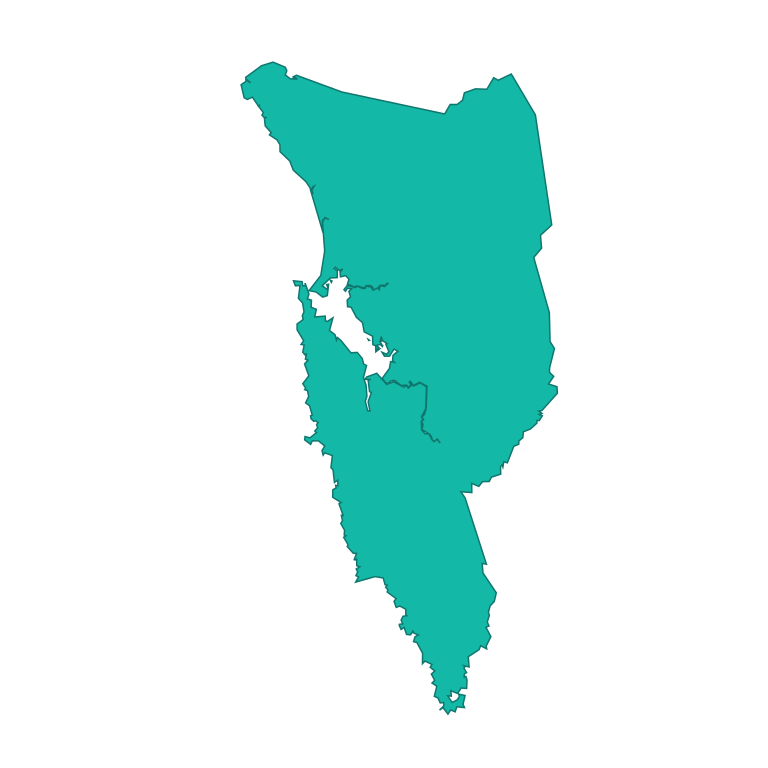 West Coast, Tasmania, Australia (Equal Earth projection), rotated 6°
{"feature_id": "25037944B97850876136128", "entity_name": "West Coast", "entity_type": "district", "adm_level": 2, "iso_a3": "AUS", "parent_name": "Australia", "parent_adm1": "Tasmania", "projection": "equal_earth", "projection_center": [145.455, -42.452], "detail": "fine", "context": "isolated", "style": "filled", "palette": "teal", "viewbox_px": 768, "rotation_deg": 6, "n_neighbors": 0, "source": "geoboundaries", "source_scale": "gbopen_adm2", "svg_char_len": 6075}
<svg xmlns="http://www.w3.org/2000/svg" viewBox="0 0 768 768"><g transform="rotate(6 384 384)"><path d="M534.2,208.3L506.4,100.5L478.2,62.4L465.8,70.0L461.1,67.9L455.5,80.1L444.1,80.9L433.5,86.0L432.5,93.5L427.5,98.4L420.6,99.1L416.1,109.1L311.6,98.0L264.6,86.1L261.5,88.0L261.8,88.9L263.6,88.6L265.3,89.4L265.3,89.8L259.0,90.3L253.5,86.9L254.6,82.6L252.7,79.3L240.0,75.5L229.0,80.2L214.4,93.5L214.9,96.1L215.0,95.5L215.6,95.6L216.8,96.3L217.5,97.1L217.6,97.4L217.8,97.4L218.2,97.3L218.4,97.3L219.3,97.9L219.2,98.1L217.6,97.4L215.2,95.6L214.8,97.7L210.6,101.3L215.0,113.9L218.3,115.3L223.1,112.5L229.8,120.4L231.6,119.5L230.2,121.0L235.7,126.7L234.5,129.4L237.1,131.6L238.6,131.1L238.8,131.3L237.2,131.9L238.9,139.8L245.5,145.8L244.0,148.2L252.1,152.4L255.5,156.9L256.3,163.8L267.0,172.1L271.4,180.8L285.4,191.1L291.4,198.5L292.7,195.2L294.0,194.3L292.0,198.7L293.6,202.5L290.2,197.7L307.6,240.0L306.1,233.4L305.8,228.0L308.0,224.6L312.0,226.2L308.0,225.0L305.9,229.3L311.1,258.0L309.8,282.7L299.7,299.0L306.9,299.6L314.0,304.0L318.4,302.0L318.5,290.6L316.6,291.1L318.2,294.4L317.1,295.6L312.3,292.8L319.5,284.2L326.4,283.1L325.7,276.2L322.3,274.4L323.5,272.9L327.8,275.8L330.9,274.0L328.6,277.3L329.5,282.0L334.6,280.2L338.2,283.5L337.2,288.6L341.6,289.6L343.3,290.6L347.1,289.3L355.2,290.7L355.1,289.1L355.4,288.5L356.5,287.9L357.7,287.7L358.7,288.7L359.2,287.5L362.0,288.3L363.0,289.7L363.5,291.7L367.8,289.0L368.1,289.0L368.6,289.4L369.4,290.6L368.8,287.8L369.0,287.2L369.9,286.3L373.2,285.8L374.3,286.9L375.8,284.1L378.0,283.1L374.3,287.0L369.9,286.5L369.4,290.8L367.7,289.1L363.5,291.8L359.3,287.7L358.8,288.9L356.3,288.1L355.4,290.8L352.8,291.3L347.1,289.5L345.3,291.1L337.2,289.7L334.3,294.4L336.0,295.8L337.6,292.6L341.8,292.7L339.4,295.5L341.6,300.9L338.6,304.4L339.7,311.0L343.2,311.0L349.6,320.6L356.2,325.2L358.8,334.2L367.6,337.6L368.8,346.0L371.8,346.9L372.5,352.8L375.9,349.6L373.7,349.9L375.1,348.3L372.5,346.4L377.4,344.6L375.3,342.0L376.9,341.6L376.0,340.4L376.3,337.0L377.8,340.9L382.9,343.6L381.7,344.3L385.5,351.3L383.5,354.1L378.7,352.6L381.5,356.3L386.5,355.8L390.3,348.2L394.3,350.0L390.0,354.5L390.0,359.7L392.1,361.4L388.2,361.1L387.8,367.9L381.6,378.6L384.9,382.0L387.6,383.4L390.5,380.2L394.1,379.2L401.0,383.7L406.6,382.7L408.6,384.6L410.9,382.7L408.9,379.4L409.9,378.6L413.5,382.3L419.2,378.6L427.0,381.7L428.5,403.6L427.6,409.5L425.2,413.1L427.2,415.4L425.3,416.9L427.1,420.6L426.5,425.3L434.8,429.3L436.5,431.2L437.2,432.6L437.6,434.3L439.7,435.9L442.8,433.1L443.6,433.7L444.8,435.8L446.2,436.5L445.1,436.3L442.9,433.4L439.6,436.1L437.1,434.0L434.1,429.0L429.9,429.1L426.3,425.9L424.9,417.0L426.7,415.5L424.7,413.0L428.0,404.4L426.6,382.5L419.9,379.1L413.7,382.9L409.5,379.1L411.4,382.7L408.5,385.5L406.7,383.3L404.0,385.1L393.4,380.8L386.7,384.2L375.7,374.1L366.1,378.8L364.6,381.4L370.6,380.9L367.8,381.6L370.4,393.1L372.3,393.8L370.1,403.2L372.8,412.3L370.6,412.4L367.2,403.1L368.3,398.0L366.4,387.4L362.9,379.7L364.7,367.5L361.7,366.3L359.7,360.9L354.1,355.4L347.8,356.4L336.5,345.1L332.7,342.6L332.1,345.3L330.1,340.1L324.2,336.5L326.3,323.5L321.2,327.7L319.2,327.4L318.4,322.6L308.1,324.6L308.9,316.8L303.5,315.3L303.1,308.2L298.9,307.4L300.0,302.4L295.0,291.9L295.4,294.6L292.9,294.8L291.9,290.8L283.2,290.8L285.6,295.6L290.2,294.8L289.9,307.7L294.6,312.0L296.9,320.7L295.6,324.8L296.9,328.3L291.3,333.4L291.9,339.2L299.6,349.4L297.4,353.3L300.5,353.6L299.9,360.9L303.1,363.9L303.0,362.8L303.4,362.2L303.7,362.2L303.2,367.5L305.8,368.2L302.9,372.4L308.4,383.7L303.2,392.2L306.5,396.2L305.7,397.9L308.6,398.6L310.4,404.3L308.0,411.0L312.2,413.4L315.9,422.4L314.3,423.3L315.1,426.2L318.1,428.5L319.7,427.7L321.8,429.0L322.4,429.0L322.6,429.1L321.2,431.4L322.6,434.6L320.1,438.0L321.9,439.4L316.0,445.3L311.0,444.5L310.9,447.8L317.3,451.7L318.6,448.1L324.8,447.4L331.5,451.8L329.3,456.8L330.9,461.1L332.2,458.6L340.1,460.6L340.0,472.7L342.3,474.7L345.0,487.1L348.0,484.5L348.8,490.1L346.5,489.8L347.2,492.5L344.2,494.4L344.8,502.0L353.8,506.4L351.7,507.8L357.1,519.0L355.3,519.0L357.0,524.2L355.6,527.2L360.1,533.6L360.2,538.3L362.0,539.0L359.9,540.6L365.0,547.5L364.4,549.5L371.2,555.6L374.4,555.3L372.7,561.8L373.5,562.0L373.8,561.5L374.5,561.7L375.1,561.1L375.9,567.6L379.1,568.3L375.7,570.9L377.5,573.6L376.1,577.5L378.9,578.5L376.5,584.0L395.2,576.5L403.5,577.0L406.1,583.6L408.2,583.7L406.9,586.1L409.4,588.0L408.9,590.5L418.5,596.2L416.7,599.0L419.5,604.9L423.0,603.2L429.2,605.7L429.9,612.3L431.8,611.9L427.2,613.0L425.7,617.0L427.7,620.6L424.4,621.4L424.4,622.5L426.7,626.3L429.5,624.0L432.6,630.7L436.6,630.7L438.8,626.1L438.6,628.2L444.4,630.0L441.3,632.1L440.3,637.2L443.7,637.6L450.5,647.7L451.5,658.1L453.6,655.3L461.0,657.8L459.5,660.9L464.5,664.1L461.4,667.5L465.4,673.4L463.0,676.4L468.1,679.0L466.7,689.4L470.4,690.5L473.3,695.3L476.5,694.6L477.2,697.8L473.3,702.5L476.5,699.7L482.1,705.6L484.4,701.2L489.0,702.6L490.2,697.4L497.9,697.4L496.1,694.3L497.2,685.3L490.7,684.6L491.7,686.9L489.7,690.6L485.0,693.5L479.9,687.4L483.6,687.4L482.5,682.1L489.6,684.1L492.5,678.3L498.0,678.1L497.5,669.7L496.0,666.3L494.4,667.1L494.3,663.7L496.3,662.4L493.3,658.4L493.7,656.8L494.9,656.3L493.2,656.1L492.9,655.8L498.2,656.5L496.3,646.4L506.3,638.3L507.5,634.2L513.8,636.7L513.0,634.0L516.7,624.1L510.8,615.3L513.7,613.7L511.6,609.9L513.0,602.9L511.7,600.4L512.7,593.6L516.4,588.8L517.5,579.9L502.2,561.6L500.4,552.2L504.7,552.5L476.6,488.9L471.8,483.1L482.7,482.8L481.6,473.7L489.0,475.9L492.2,470.8L498.8,470.0L500.6,465.4L509.5,461.4L508.5,454.0L509.9,452.1L510.9,454.2L511.3,448.8L514.9,449.5L519.6,432.4L524.3,429.8L524.1,426.6L527.7,422.8L527.6,417.0L534.4,413.4L540.1,407.0L540.0,404.3L542.3,404.1L544.8,399.1L541.4,398.1L544.2,396.8L540.7,394.7L543.8,393.9L557.4,375.0L556.3,368.6L547.6,366.8L552.0,358.7L547.4,355.1L547.0,350.6L549.8,330.9L544.7,324.4L541.0,295.8L519.7,242.5L526.5,232.4L524.1,219.7L534.2,208.3ZM319.8,286.4L321.0,288.4L321.5,287.0L319.8,286.4ZM378.4,346.9L378.7,345.9L377.3,345.9L378.4,346.9ZM363.6,341.3L364.2,342.3L364.9,342.0L363.6,341.3Z" fill="#14b8a6" stroke="#0f766e" stroke-width="1.5"/></g></svg>